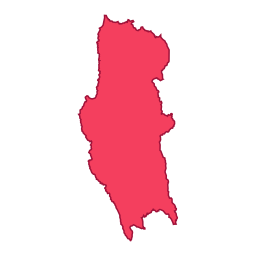 outline of Si Sawat, Kanchanaburi, Thailand
{"feature_id": "78962969B73671934150573", "entity_name": "Si Sawat", "entity_type": "district", "adm_level": 2, "iso_a3": "THA", "parent_name": "Thailand", "parent_adm1": "Kanchanaburi", "projection": "equal_earth", "projection_center": [99.137, 14.65], "detail": "fine", "context": "isolated", "style": "filled", "palette": "rose", "viewbox_px": 256, "rotation_deg": 0, "n_neighbors": 0, "source": "geoboundaries", "source_scale": "gbopen_adm2", "svg_char_len": 5778}
<svg xmlns="http://www.w3.org/2000/svg" viewBox="0 0 256 256"><path d="M104.5,15.4L104.6,17.8L103.1,25.2L101.6,27.1L99.4,28.2L99.4,28.5L100.2,29.3L100.1,29.9L98.1,33.8L98.0,34.4L98.5,34.7L98.4,35.6L98.7,36.2L98.3,36.5L98.4,37.1L97.9,38.0L98.4,39.4L98.9,39.8L99.0,40.7L98.7,41.1L97.9,41.2L97.6,41.9L97.0,42.1L96.8,42.5L97.0,43.1L97.9,43.8L97.4,44.8L98.0,45.7L97.5,47.1L98.2,47.6L97.8,48.5L97.9,51.0L98.2,51.7L97.8,52.9L99.1,53.7L99.4,54.4L99.2,55.8L99.4,56.4L99.1,57.0L99.1,58.5L98.7,59.0L98.8,60.3L99.7,60.6L99.1,61.2L99.0,62.2L99.3,63.8L98.8,64.8L99.0,65.8L98.9,67.5L99.3,68.2L98.8,68.9L98.6,70.6L99.3,71.1L99.8,71.1L100.1,71.7L99.8,72.3L100.0,73.4L98.9,74.7L99.0,75.4L99.6,76.2L99.6,77.5L99.0,78.5L99.0,79.3L98.2,79.3L97.7,80.1L97.8,80.5L98.4,80.6L98.7,81.1L98.6,82.9L98.3,83.1L97.9,84.6L98.0,85.9L97.2,86.3L96.5,87.3L96.8,88.0L96.9,89.6L97.7,90.7L97.0,91.7L97.2,93.8L96.1,95.6L96.2,96.2L95.8,97.0L94.9,98.2L92.1,98.9L90.8,98.6L89.1,97.8L88.1,96.2L87.0,95.8L85.4,97.1L85.3,97.7L86.6,100.6L86.3,101.1L86.3,101.6L85.1,101.8L84.0,104.1L83.7,105.8L82.4,107.0L82.1,108.6L80.1,110.1L80.2,113.3L79.6,114.1L78.7,114.3L79.7,115.8L80.0,118.4L80.9,119.5L80.5,120.6L80.8,121.2L80.6,122.2L81.4,124.1L81.3,125.6L82.1,126.2L81.6,129.0L82.0,129.8L81.9,131.0L82.7,131.4L83.4,133.2L84.0,133.4L84.4,134.3L85.9,135.4L86.1,135.9L85.7,137.0L87.7,140.1L89.5,140.9L90.0,141.7L91.2,141.0L91.7,141.8L91.5,143.3L90.5,145.0L91.3,145.7L91.2,148.0L91.6,148.8L91.2,149.5L89.7,150.5L88.8,152.5L90.6,154.1L90.7,155.7L91.4,156.7L91.5,157.9L92.1,158.9L91.7,159.7L90.7,159.9L90.0,160.5L89.3,160.1L88.3,161.1L88.9,161.9L88.9,164.5L89.4,165.3L89.5,166.6L90.1,167.1L89.8,168.3L90.6,169.5L91.8,172.6L93.4,174.2L94.5,174.3L95.0,174.8L95.8,177.3L96.5,178.5L96.5,179.3L97.6,179.5L98.6,181.0L100.2,181.8L100.5,182.7L100.2,183.0L100.8,183.4L101.9,183.1L102.2,183.4L102.0,183.9L103.2,184.2L103.4,184.9L104.4,184.6L106.1,185.3L105.9,186.9L104.8,188.0L104.9,188.5L105.9,189.3L105.7,190.8L106.9,191.7L107.6,193.5L109.1,193.2L109.5,193.5L109.8,194.9L109.6,196.0L110.2,196.6L110.8,197.9L110.6,199.2L111.2,199.6L111.8,201.2L112.3,201.7L113.5,201.8L113.7,202.8L114.7,203.7L115.1,205.1L115.9,206.3L116.1,207.8L117.4,209.8L119.6,214.6L119.9,215.6L119.9,217.4L120.5,219.4L120.6,221.9L121.1,222.9L120.8,224.0L121.8,224.8L122.9,226.6L122.8,228.5L124.0,230.7L124.1,232.9L124.9,233.7L125.4,235.2L126.3,236.0L127.9,238.6L129.5,239.0L130.4,240.6L130.7,240.6L131.6,239.0L131.6,237.9L132.1,236.9L132.1,234.6L132.5,232.8L132.3,231.2L130.9,229.7L129.9,227.6L130.3,226.6L130.9,226.1L132.2,225.8L133.5,224.8L135.5,225.7L136.9,227.0L137.9,226.9L141.6,228.6L142.4,228.2L143.7,228.9L144.8,229.0L144.9,228.1L143.6,227.3L142.9,225.9L142.8,221.8L142.3,219.0L141.5,217.8L142.8,217.3L143.7,215.4L144.8,217.0L145.6,216.0L146.0,216.2L146.8,214.1L147.8,214.5L148.0,214.2L147.7,213.4L148.6,213.6L151.2,212.4L151.4,211.3L152.8,210.0L153.1,209.3L153.5,209.3L153.7,210.2L154.9,210.3L156.1,211.7L157.2,211.6L157.9,210.7L158.6,210.9L158.6,210.3L159.6,209.5L160.8,209.7L163.3,210.9L165.6,213.8L167.0,214.3L167.9,214.0L168.5,214.2L169.0,215.1L169.0,217.3L169.9,217.4L171.4,219.3L172.9,222.6L173.4,224.3L174.1,224.0L174.5,224.2L176.1,224.1L175.5,222.5L175.8,221.6L175.6,220.4L175.8,220.1L176.3,220.2L176.3,219.4L177.1,218.6L177.3,217.5L176.5,216.0L176.1,213.6L175.3,212.2L174.8,212.0L174.5,210.9L175.7,210.5L176.3,209.3L176.3,208.5L175.2,207.7L175.4,206.8L174.6,205.0L172.1,202.6L172.0,199.0L171.0,197.9L170.0,198.3L169.5,198.1L168.4,195.4L168.4,192.9L168.7,191.9L167.8,190.9L168.0,188.4L167.7,184.5L168.1,183.5L168.0,182.6L168.4,182.3L168.4,181.4L168.0,180.1L166.2,178.7L166.3,175.6L165.1,172.3L165.1,171.1L166.0,168.2L165.6,165.9L165.9,163.3L165.4,162.6L165.4,160.6L164.9,159.5L164.9,158.1L163.2,157.3L160.8,151.0L160.0,150.4L160.1,144.9L159.4,142.0L160.2,141.0L160.6,139.7L160.4,136.7L160.0,136.1L160.9,135.1L162.5,135.0L162.6,134.3L163.1,133.9L164.5,133.8L165.2,132.6L166.5,131.7L167.3,131.7L167.9,132.1L168.8,131.4L169.4,130.0L170.7,128.7L171.5,128.1L172.6,128.1L173.0,126.9L173.5,126.1L174.0,126.0L173.9,125.2L174.6,123.9L174.5,121.4L173.7,120.4L173.1,120.1L172.5,118.6L171.6,117.7L171.6,117.1L172.0,116.5L171.7,115.8L172.2,114.6L172.1,113.9L171.7,113.6L170.9,113.7L170.7,114.6L170.0,115.2L168.4,114.7L167.7,115.9L167.5,115.5L166.8,115.8L164.8,115.0L164.1,114.1L163.0,113.9L162.3,113.3L161.5,113.9L161.4,113.0L161.8,112.5L162.2,111.3L161.1,109.8L161.5,106.6L161.3,105.3L160.8,104.6L161.6,103.7L161.8,102.8L161.4,101.7L161.1,102.0L160.0,101.6L160.0,101.2L159.5,100.4L159.7,98.0L158.2,96.9L158.4,95.7L158.1,95.2L158.0,92.7L158.3,92.2L158.8,92.0L158.7,91.4L158.2,90.7L156.8,90.0L155.8,87.2L154.5,86.3L154.1,83.7L152.0,81.8L152.3,80.4L153.4,79.2L155.3,78.3L155.9,78.4L156.4,77.9L157.6,78.3L157.7,78.9L158.9,79.3L160.4,80.6L163.1,79.2L162.6,78.9L162.4,74.4L161.6,72.9L161.6,70.5L162.5,70.3L163.1,69.2L164.2,68.6L165.2,65.8L166.8,65.4L167.6,62.7L168.5,62.2L169.0,61.2L169.1,49.9L167.1,46.1L166.8,44.2L165.3,42.1L165.0,41.1L162.6,39.3L160.8,37.2L160.7,35.0L159.2,36.7L158.0,37.1L156.3,36.6L155.8,37.6L155.4,37.6L154.6,36.4L154.8,35.7L154.3,35.4L154.1,34.5L151.2,31.9L150.8,31.0L149.9,31.6L148.8,31.2L148.2,31.7L147.7,30.9L147.0,31.1L145.9,30.5L145.0,30.5L144.4,29.4L143.8,29.3L142.8,27.9L142.9,27.3L142.2,26.9L141.1,27.3L140.3,29.3L139.8,29.7L138.8,29.8L138.1,30.6L136.7,30.2L135.8,29.5L135.6,28.3L134.5,27.8L134.1,28.0L133.3,27.1L132.8,25.0L131.4,24.3L131.4,23.5L131.9,22.7L133.7,21.7L133.0,20.5L130.3,21.2L129.3,20.7L128.9,19.9L128.1,19.7L127.2,22.4L126.9,22.4L126.6,21.7L124.8,22.5L124.6,23.0L123.0,23.0L121.8,23.8L120.6,23.6L120.0,24.0L119.6,23.5L119.1,23.6L119.0,23.1L118.3,22.6L118.0,21.6L115.8,22.4L113.0,22.1L112.0,21.1L110.1,21.1L109.4,19.7L108.4,19.7L108.2,18.8L107.2,17.8L106.2,15.5L104.5,15.4Z" fill="#f43f5e" stroke="#9f1239" stroke-width="1.5"/></svg>